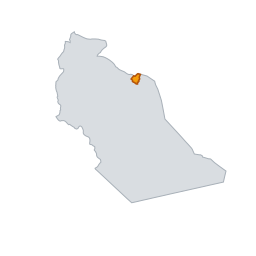 location of Mamdi, Lac, Chad, rotated 134°
{"feature_id": "50815135B65244945482941", "entity_name": "Mamdi", "entity_type": "district", "adm_level": 2, "iso_a3": "TCD", "parent_name": "Chad", "parent_adm1": "Lac", "projection": "equal_earth", "projection_center": [14.379, 13.291], "detail": "fine", "context": "in_parent", "style": "filled", "palette": "amber", "viewbox_px": 256, "rotation_deg": 134, "n_neighbors": 0, "source": "geoboundaries", "source_scale": "gbopen_adm2", "svg_char_len": 4231}
<svg xmlns="http://www.w3.org/2000/svg" viewBox="0 0 256 256"><g transform="rotate(134 128 128)"><path d="M179.2,73.4L179.4,79.3L179.5,85.2L179.6,91.1L179.7,97.0L179.8,102.9L179.9,108.8L180.0,114.7L180.1,120.7L180.2,122.7L180.1,123.4L180.0,123.5L179.8,123.7L177.5,123.1L176.4,123.1L175.0,123.5L172.9,123.8L171.5,123.7L170.6,124.7L169.8,125.9L170.2,128.9L170.2,129.9L169.9,130.9L169.3,131.8L168.6,132.5L168.2,133.1L167.8,134.4L167.4,135.0L167.5,135.9L167.4,136.8L167.0,137.2L166.0,137.5L165.4,137.9L164.9,138.6L164.5,139.0L164.7,139.7L165.0,140.5L165.1,141.8L165.2,142.6L165.7,143.2L166.0,143.7L166.2,144.2L165.9,144.7L164.7,145.7L164.2,146.0L163.6,146.5L163.4,146.7L162.6,147.6L162.1,148.4L161.9,149.1L161.9,150.0L162.4,151.4L162.9,152.6L163.1,153.5L163.2,154.5L163.2,155.4L163.0,156.2L162.5,156.9L160.9,158.3L160.1,159.8L159.4,161.6L159.3,162.6L159.5,163.3L159.8,163.8L160.3,164.1L161.0,164.2L162.2,163.9L163.3,163.7L164.5,164.3L165.2,165.9L164.9,167.0L165.4,169.0L165.8,171.5L165.8,172.3L166.0,172.6L166.7,172.8L166.9,173.3L166.7,177.6L167.1,178.9L167.6,179.7L168.2,180.2L168.7,180.7L169.0,181.1L169.7,181.2L170.4,182.0L170.6,183.1L170.6,184.1L170.2,186.3L169.9,187.7L169.4,187.6L168.6,187.3L167.5,187.0L166.2,186.7L164.9,187.3L163.6,188.1L163.2,188.6L162.8,189.0L162.2,188.9L161.7,189.0L161.4,189.6L160.9,190.2L159.0,191.5L158.6,191.9L158.4,192.4L158.4,192.9L158.6,193.9L158.6,195.2L158.2,196.2L157.7,196.9L157.1,197.2L156.6,197.3L156.3,197.7L155.3,200.1L154.9,200.5L154.0,200.5L151.5,204.0L151.2,205.0L150.3,206.5L149.1,208.1L148.1,208.9L148.0,209.2L147.7,209.5L147.1,209.9L144.8,211.9L142.1,211.8L140.9,212.6L139.8,212.9L138.1,213.3L137.6,213.3L135.4,213.4L132.9,213.4L131.9,213.7L131.0,214.4L130.3,215.1L130.2,215.3L130.3,215.6L130.3,215.8L132.1,217.4L132.5,218.2L132.1,219.0L131.8,219.1L131.5,219.8L130.5,221.6L128.9,223.8L128.1,224.4L127.8,224.8L127.4,226.3L127.1,226.5L126.0,226.7L123.8,226.8L120.8,227.3L119.0,227.5L117.9,227.3L116.3,228.3L115.8,228.6L115.4,228.7L113.9,229.6L112.6,231.1L112.1,231.4L110.3,232.1L109.6,233.1L109.2,233.2L108.1,231.8L107.3,230.6L106.9,229.3L106.8,228.9L106.6,229.0L106.0,229.6L105.4,230.2L105.2,231.4L103.3,232.2L101.7,232.9L100.9,233.8L99.8,234.2L98.4,234.0L97.2,233.7L96.1,233.5L96.7,232.5L96.9,231.6L96.9,230.7L96.8,230.0L96.2,229.6L95.8,229.1L94.8,226.0L93.8,222.8L92.5,219.6L91.0,217.6L89.9,216.3L89.6,216.2L89.0,215.8L88.6,215.4L86.6,213.3L84.6,210.9L84.1,209.8L83.1,208.1L81.9,206.4L81.3,205.7L81.0,204.3L81.8,203.0L82.7,201.4L83.7,200.4L85.1,200.3L87.3,200.7L89.6,200.9L92.0,200.6L92.6,200.3L93.2,200.4L94.5,200.7L96.7,200.7L97.8,200.0L96.6,198.9L95.3,197.2L94.0,195.3L93.3,193.6L92.6,191.4L92.0,188.7L91.6,185.1L91.6,183.1L91.8,181.7L92.5,179.4L92.1,178.0L92.1,176.9L92.1,175.3L91.9,174.5L91.0,171.8L90.8,171.5L90.1,169.6L89.7,166.5L88.9,164.4L87.5,163.4L86.7,162.2L86.4,160.1L85.9,159.5L83.7,158.8L81.9,158.7L80.6,156.3L78.9,153.2L77.4,150.4L76.4,144.6L75.8,141.3L76.5,140.3L77.8,138.0L79.4,133.5L83.1,126.6L85.0,123.1L88.7,117.8L93.3,111.3L95.9,107.7L96.3,101.0L96.7,94.0L97.0,88.7L97.4,82.5L97.8,77.2L98.0,73.4L98.4,68.1L98.7,67.0L100.4,62.8L100.6,62.3L100.2,61.6L97.7,58.0L96.9,57.2L96.4,55.3L97.1,54.3L94.0,48.3L93.2,47.6L92.9,46.8L92.9,45.8L92.8,41.6L92.0,35.2L90.9,27.6L94.5,25.5L97.2,23.9L100.6,21.8L103.8,23.9L108.5,27.0L113.2,30.1L117.8,33.1L122.5,36.2L127.2,39.3L131.9,42.4L136.6,45.5L141.3,48.6L146.0,51.7L150.8,54.8L155.5,57.9L160.2,61.0L165.0,64.1L169.7,67.2L174.5,70.3L179.2,73.4Z" fill="#d9dde1" stroke="#a8b0b8" stroke-width="1"/><path d="M90.6,159.8L90.5,158.1L90.9,157.4L91.3,157.2L91.2,156.9L91.4,156.1L90.9,155.4L90.7,154.3L90.8,154.1L90.6,153.7L90.7,153.2L90.6,152.8L90.3,152.2L89.7,151.7L89.1,152.3L88.8,152.8L88.6,153.0L88.3,152.9L88.2,152.5L87.1,152.5L86.6,152.7L86.4,153.0L86.3,153.5L86.1,153.5L85.6,153.5L85.0,153.5L84.5,153.8L83.7,155.2L80.8,156.3L80.9,156.5L81.0,156.6L81.1,156.8L81.3,157.2L81.3,157.3L81.5,157.5L81.6,157.8L81.7,158.0L81.8,158.1L81.9,158.4L82.0,158.4L82.0,158.5L82.6,158.8L82.8,158.8L83.0,158.8L83.4,158.8L83.5,158.8L84.2,158.8L84.3,158.8L84.5,158.8L84.9,158.8L85.0,158.8L85.7,158.8L85.8,158.8L86.0,159.1L86.2,159.3L86.3,159.7L86.4,159.8L86.5,160.1L89.6,159.9L90.6,159.8Z" fill="#f59e0b" stroke="#b45309" stroke-width="1.5"/></g></svg>